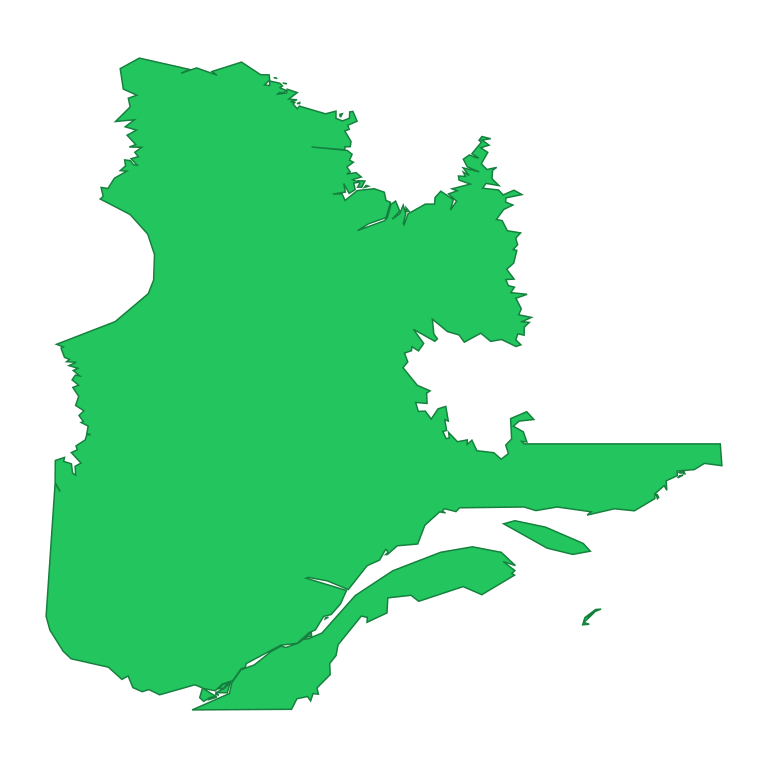 the border of Québec
{"feature_id": "CAN-683", "entity_name": "Québec", "entity_type": "Province", "adm_level": 1, "iso_a3": "CAN", "parent_name": "Canada", "parent_adm1": "", "projection": "robinson", "projection_center": [-69.443, 53.796], "detail": "fine", "context": "isolated", "style": "filled", "palette": "green", "viewbox_px": 768, "rotation_deg": 0, "n_neighbors": 0, "source": "natural_earth", "source_scale": "10m", "svg_char_len": 6058}
<svg xmlns="http://www.w3.org/2000/svg" viewBox="0 0 768 768"><path d="M55.1,483.5L60.2,491.6L55.1,482.6L55.3,460.5L64.5,457.4L63.7,461.4L71.4,463.8L72.6,473.1L75.6,475.2L75.1,466.3L81.0,463.1L71.3,452.6L77.3,449.8L76.0,445.9L85.2,439.9L86.8,434.7L90.9,434.6L86.7,433.9L88.2,426.1L81.1,422.5L83.3,421.5L79.0,415.5L83.9,410.8L75.6,405.4L78.7,396.4L72.8,387.4L78.6,385.2L72.1,379.9L75.4,375.1L79.7,375.9L73.2,370.5L77.9,368.3L68.9,365.6L76.3,362.3L66.6,361.7L69.5,359.4L64.5,357.4L61.0,348.1L63.3,346.9L56.5,344.3L115.2,321.6L148.3,293.6L153.6,280.1L154.5,254.5L147.7,234.1L130.1,214.5L100.2,199.0L103.2,196.5L101.1,187.4L107.9,188.5L114.4,178.2L126.8,171.2L120.2,170.6L125.6,165.8L124.6,159.9L130.3,160.6L133.6,164.8L137.2,165.2L131.1,158.7L138.3,156.7L134.8,152.3L141.6,147.3L129.3,147.0L135.7,144.6L127.1,135.2L136.4,130.1L125.2,126.8L134.4,119.8L115.5,121.5L130.2,106.9L128.3,98.2L136.9,95.2L123.3,89.1L120.2,68.6L139.3,58.1L189.3,69.4L181.0,73.3L196.6,67.9L217.0,75.2L211.9,71.5L241.5,62.1L260.6,74.7L269.2,74.9L269.7,80.0L264.5,84.8L269.7,85.6L269.7,81.0L279.8,83.2L282.5,86.0L279.9,87.8L286.1,90.4L283.6,92.9L279.3,92.5L277.6,94.2L286.5,93.0L287.2,89.2L297.3,92.6L288.7,99.1L297.1,99.8L290.6,101.7L294.8,102.4L293.1,104.1L297.3,108.7L299.4,106.1L325.5,113.8L336.0,111.1L336.0,118.4L342.5,120.9L349.4,118.2L349.7,111.9L352.9,111.4L357.1,121.2L347.8,125.3L349.3,129.4L344.8,130.9L351.0,141.5L350.3,146.7L344.8,146.9L345.0,149.8L311.5,147.0L347.4,150.5L352.1,154.3L349.5,160.2L353.4,162.2L346.9,167.0L350.2,171.8L346.7,174.2L356.0,172.6L361.3,177.0L352.7,179.6L358.2,182.4L353.7,183.1L355.2,189.6L349.2,193.4L343.7,183.6L345.4,192.1L332.8,194.1L342.1,193.9L345.1,200.5L357.2,190.6L374.1,188.7L384.3,192.2L386.0,200.4L390.5,202.3L386.0,217.7L368.7,223.7L357.5,230.6L384.3,220.8L387.3,217.8L391.0,204.4L395.6,201.1L399.7,211.0L392.3,219.2L399.8,213.6L403.2,205.2L405.8,213.7L403.3,223.6L404.1,224.9L408.0,213.9L425.3,204.1L434.6,204.1L435.0,197.6L440.8,191.2L453.3,199.6L450.5,210.1L456.6,201.1L448.5,193.9L457.2,190.8L452.0,188.8L470.3,184.1L459.1,180.1L458.4,176.0L465.3,176.4L463.3,172.1L469.0,175.5L463.2,167.9L479.3,171.9L467.3,166.9L463.3,159.2L469.4,154.9L476.1,157.7L478.8,158.0L471.9,153.7L481.4,142.2L479.0,140.3L481.9,136.5L490.7,138.7L482.1,140.1L489.1,145.2L480.7,147.7L487.8,152.4L481.3,163.8L487.0,169.5L496.7,167.4L492.6,170.2L492.0,178.7L499.0,185.6L486.0,183.4L482.6,188.2L498.6,190.0L503.1,194.9L514.0,190.2L521.9,194.6L505.9,197.9L505.6,202.1L512.9,205.0L503.6,209.6L496.4,219.5L502.2,220.6L507.3,230.7L520.6,232.9L515.7,238.1L517.6,244.7L513.2,249.6L516.8,250.4L513.7,263.1L506.7,269.3L514.1,279.1L505.8,279.6L508.3,285.6L514.5,287.2L510.8,292.6L527.1,294.3L515.9,298.3L521.3,308.8L518.7,314.8L531.4,317.4L522.0,321.7L529.3,322.4L524.3,327.2L524.1,335.2L518.0,333.8L515.7,339.7L520.9,344.8L516.0,346.5L501.5,339.5L490.7,341.4L480.8,333.2L464.3,342.2L459.1,335.0L447.5,331.6L432.4,319.2L433.8,333.9L437.4,338.9L434.8,341.3L413.4,329.3L423.7,343.5L418.5,350.9L411.8,346.7L411.5,350.7L404.5,353.1L407.8,361.9L403.0,367.7L417.3,385.3L430.1,390.9L426.6,393.2L427.1,403.4L415.7,402.5L418.3,411.4L425.3,411.1L431.2,419.1L438.1,408.8L445.8,406.4L448.3,421.1L444.8,419.6L446.6,430.5L442.8,431.4L446.1,438.6L449.3,438.1L448.6,432.4L457.4,441.7L467.3,439.9L467.2,444.4L471.9,440.2L476.9,450.7L493.8,452.7L501.1,459.2L508.4,453.6L505.7,445.1L511.6,439.0L510.6,418.6L526.7,411.7L533.8,419.5L519.2,421.1L513.3,426.2L523.3,431.8L526.9,442.0L521.6,441.4L524.0,443.9L720.3,443.9L721.9,465.7L704.4,463.4L694.3,469.6L677.1,471.0L677.3,475.7L666.2,480.8L666.8,490.3L664.2,485.6L654.8,493.9L654.9,498.6L634.4,510.8L614.3,508.8L587.1,515.1L591.2,511.8L557.1,507.0L535.9,510.6L524.1,507.0L459.6,507.8L456.0,511.6L444.5,508.7L442.1,511.4L445.6,512.9L439.6,511.9L424.9,525.2L417.7,544.0L397.3,545.8L387.2,554.6L385.6,554.6L387.8,552.6L386.8,550.0L385.6,549.4L379.6,560.1L367.1,565.7L348.3,589.5L327.3,580.9L308.6,577.4L306.1,578.2L346.5,590.5L340.5,603.9L331.2,614.5L323.6,616.4L315.4,629.9L309.1,632.6L297.2,643.3L280.7,645.2L246.2,663.6L245.3,667.4L241.0,668.8L232.7,680.6L222.3,684.0L215.3,690.8L203.0,688.4L215.7,696.3L209.7,697.6L203.7,701.4L199.7,697.7L202.5,687.9L194.9,684.8L159.6,694.8L148.9,689.6L142.2,691.7L132.9,687.6L128.1,676.0L121.9,679.4L108.4,667.2L71.1,658.8L63.2,651.3L49.9,630.1L46.1,616.2L55.1,483.5ZM291.5,709.3L192.1,709.9L229.4,693.5L231.8,682.9L241.1,669.7L254.3,664.9L271.1,651.5L281.1,646.1L285.8,647.5L298.4,643.1L302.9,639.5L308.5,638.7L322.0,633.0L355.3,595.5L392.9,570.7L440.6,552.3L472.4,546.8L501.2,552.3L515.4,565.6L503.1,561.5L514.9,570.6L511.8,573.5L514.6,575.1L481.8,594.7L463.1,586.6L418.7,601.3L411.1,595.3L387.8,597.9L387.0,612.9L367.0,622.3L367.3,617.4L361.3,616.1L338.1,644.7L336.0,655.6L329.7,663.5L330.2,674.6L317.0,687.9L318.4,694.2L313.1,693.6L310.6,700.9L307.5,696.5L296.9,698.8L291.5,709.3ZM547.0,548.1L503.6,523.8L514.9,520.7L545.4,527.1L583.3,543.5L590.3,551.2L572.7,554.4L547.0,548.1ZM230.3,682.7L227.3,692.7L215.4,692.8L224.1,688.6L230.3,682.7ZM364.9,181.0L361.7,187.2L357.6,187.2L359.8,183.3L357.9,180.7L364.9,181.0ZM592.4,612.5L590.3,615.0L586.9,617.2L589.1,616.8L592.4,612.9L594.8,612.0L583.8,622.6L589.2,624.2L582.6,624.8L584.9,617.6L595.6,609.5L601.1,609.1L592.4,612.5ZM311.3,632.4L311.6,635.8L303.9,638.1L311.3,632.4ZM219.1,688.8L222.8,684.4L228.2,683.1L223.4,688.3L219.1,688.8ZM406.0,207.6L409.1,211.4L406.1,211.7L406.0,207.6ZM210.5,698.1L216.9,697.1L209.3,699.5L210.5,698.1ZM679.6,475.7L683.1,475.1L677.6,477.9L679.6,475.7ZM683.8,471.8L681.6,473.1L679.0,472.6L681.3,470.9L683.8,471.8ZM342.3,113.7L340.8,116.7L340.1,116.5L339.9,114.3L342.3,113.7ZM366.1,185.4L368.5,186.2L364.4,187.4L366.1,185.4ZM657.4,498.7L656.1,494.4L657.3,494.7L658.7,497.4L657.4,498.7ZM282.6,82.9L286.3,83.6L286.8,84.0L282.6,82.9ZM217.1,694.2L218.9,695.2L215.0,694.3L217.1,694.2ZM325.4,617.9L328.5,617.1L325.1,619.0L325.4,617.9ZM297.0,103.6L299.7,102.4L299.7,103.6L297.0,103.6ZM684.1,472.4L685.0,473.8L683.5,473.8L684.1,472.4ZM273.7,77.7L275.8,77.9L277.3,78.5L273.7,77.7Z" fill="#22c55e" stroke="#15803d" stroke-width="1.5"/></svg>